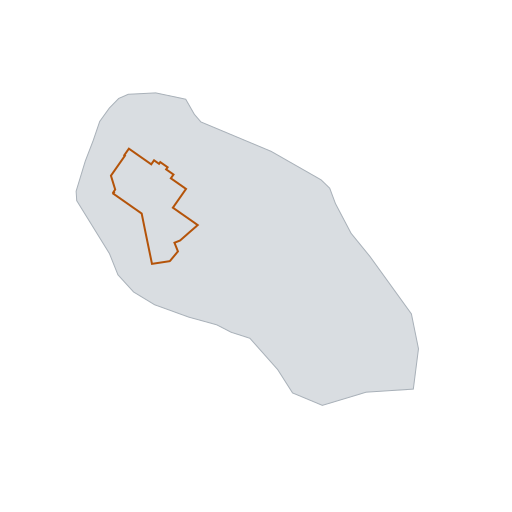 location of 95, Ar Rayyān, Qatar, rotated 125°
{"feature_id": "91078587B87782055915042", "entity_name": "95", "entity_type": "district", "adm_level": 2, "iso_a3": "QAT", "parent_name": "Qatar", "parent_adm1": "Ar Rayyān", "projection": "mercator", "projection_center": [51.234, 24.913], "detail": "fine", "context": "in_parent", "style": "outline", "palette": "amber", "viewbox_px": 512, "rotation_deg": 125, "n_neighbors": 0, "source": "geoboundaries", "source_scale": "gbopen_adm2", "svg_char_len": 980}
<svg xmlns="http://www.w3.org/2000/svg" viewBox="0 0 512 512"><g transform="rotate(125 256 256)"><path d="M276.1,450.3L255.1,455.5L235.4,461.2L218.9,461.0L205.6,458.8L196.8,453.4L179.9,431.7L167.9,403.5L175.3,387.8L177.8,378.0L161.6,303.5L156.3,246.3L158.2,234.5L167.5,221.0L182.9,191.1L191.1,162.2L214.3,95.5L238.8,69.7L274.8,50.8L304.4,87.7L340.3,116.0L347.2,147.5L336.6,173.1L326.9,213.8L332.7,232.5L334.9,248.7L344.6,275.9L354.1,311.1L355.7,335.6L350.6,358.3L338.1,377.4L313.5,434.6L306.1,440.5L276.1,450.3Z" fill="#d9dde1" stroke="#a8b0b8" stroke-width="1"/><path d="M241.0,421.7L249.0,421.7L249.0,420.9L273.4,420.9L282.3,409.5L285.7,409.4L285.6,408.7L286.8,408.7L286.8,374.0L300.2,359.9L322.1,336.7L309.9,323.9L309.3,323.6L297.0,322.6L291.9,330.4L286.9,327.1L275.0,324.2L264.1,321.5L264.1,351.8L241.2,351.8L241.2,370.3L236.6,370.3L236.6,379.3L234.0,379.3L234.0,388.3L236.1,388.3L236.1,394.4L241.0,394.4L241.0,421.7Z" fill="none" stroke="#b45309" stroke-width="2"/></g></svg>